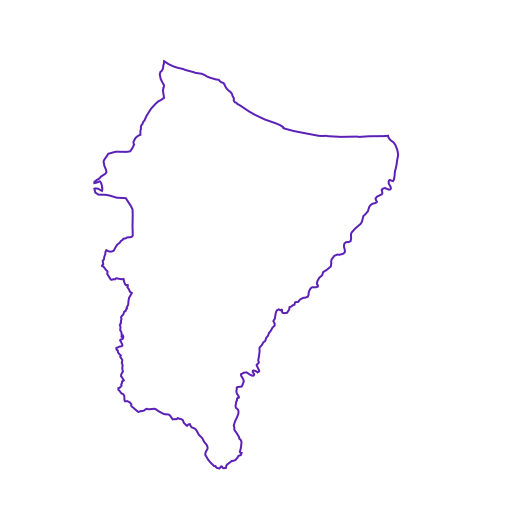 outline of Beloha, Androy, Madagascar, rotated 172°
{"feature_id": "10022922B63714971659336", "entity_name": "Beloha", "entity_type": "district", "adm_level": 2, "iso_a3": "MDG", "parent_name": "Madagascar", "parent_adm1": "Androy", "projection": "natural_earth1", "projection_center": [45.029, -25.05], "detail": "fine", "context": "isolated", "style": "outline", "palette": "violet", "viewbox_px": 512, "rotation_deg": 172, "n_neighbors": 0, "source": "geoboundaries", "source_scale": "gbopen_adm2", "svg_char_len": 6111}
<svg xmlns="http://www.w3.org/2000/svg" viewBox="0 0 512 512"><g transform="rotate(172 256 256)"><path d="M108.5,356.7L112.5,356.9L127.1,358.8L137.4,359.6L139.5,360.2L155.7,362.2L168.3,364.7L169.4,365.2L173.6,365.6L177.2,366.3L194.6,372.2L201.5,374.6L209.3,377.9L210.9,378.7L211.3,379.2L211.0,379.6L211.5,380.2L214.2,382.4L218.2,384.8L228.2,389.9L237.9,396.3L242.4,399.8L252.1,408.4L253.1,408.9L254.1,410.4L255.6,411.3L256.3,412.7L256.4,413.6L256.0,414.5L256.0,415.2L257.0,418.0L257.2,419.7L258.6,422.3L259.4,422.8L261.7,425.7L263.1,428.9L263.4,430.6L264.0,431.2L264.1,431.8L266.2,432.9L267.6,434.3L268.4,435.7L271.1,436.4L276.8,439.0L279.3,440.4L281.2,442.0L284.3,444.0L290.7,445.8L291.6,446.5L300.2,450.1L302.1,451.3L306.7,453.0L311.0,455.0L315.8,458.1L319.9,461.7L320.3,460.4L320.4,459.2L321.2,457.8L322.0,454.6L323.8,452.2L325.0,451.6L326.0,449.4L325.8,444.9L325.1,442.5L323.3,437.8L323.9,435.8L324.4,435.4L324.5,434.3L325.1,433.2L325.1,425.3L328.9,423.5L331.0,422.9L334.3,420.7L339.5,416.4L345.0,409.9L347.6,405.7L349.2,404.3L350.0,402.6L351.5,401.2L352.2,399.2L352.2,398.0L353.1,395.9L353.6,392.1L355.6,391.6L358.2,390.2L359.3,389.1L361.5,386.0L361.5,383.9L361.2,383.3L363.6,379.8L366.0,377.2L369.5,377.1L380.4,378.8L388.0,377.8L393.1,372.1L393.8,370.8L393.6,366.2L392.5,362.2L392.5,359.6L393.9,358.3L398.1,356.4L401.2,354.1L402.7,353.7L405.7,351.9L405.9,350.7L403.8,350.8L400.3,351.7L399.9,351.3L399.2,349.7L398.8,346.9L399.0,345.5L398.7,344.8L398.9,343.3L399.5,341.9L403.2,344.7L405.7,345.3L406.7,345.1L406.3,341.2L403.5,338.7L396.2,337.5L392.5,336.2L385.7,333.1L376.9,331.4L372.9,322.8L371.8,319.4L372.3,314.3L374.1,302.8L375.2,293.5L375.9,292.6L377.0,292.1L381.0,292.3L382.7,291.6L385.1,291.5L385.7,290.6L387.8,289.6L389.1,288.1L391.5,286.8L393.4,284.8L396.2,281.0L398.6,280.5L400.2,280.7L401.8,281.4L403.4,282.6L404.5,281.1L404.9,279.0L406.3,276.4L407.1,273.8L408.5,272.5L408.4,269.1L409.8,268.0L409.8,267.4L408.5,266.7L406.6,263.2L405.3,261.6L405.2,260.9L405.8,258.9L403.1,252.9L402.1,252.5L400.3,252.9L399.1,252.5L397.6,253.4L392.0,251.6L390.8,251.8L390.3,251.6L390.1,248.3L389.4,245.9L389.0,245.3L387.1,245.1L387.0,244.4L387.7,242.9L386.6,241.0L385.8,238.2L384.1,236.6L387.5,232.3L388.5,229.3L389.4,225.5L391.3,222.8L391.4,222.3L391.1,222.0L392.5,220.5L392.9,219.5L393.6,219.6L394.2,219.2L395.7,216.4L397.4,215.2L398.2,214.0L398.0,212.2L398.7,210.8L398.8,209.5L399.3,208.8L399.2,208.0L400.4,206.8L400.1,204.2L400.8,201.5L399.9,199.3L400.0,196.1L400.4,194.8L399.6,194.0L398.8,195.2L398.6,194.4L399.3,192.8L400.4,192.2L401.5,192.1L402.3,191.5L400.8,187.3L400.7,186.3L401.1,185.6L401.8,185.3L403.7,185.3L407.2,184.2L407.1,182.6L406.0,181.6L406.2,180.6L405.9,179.5L405.2,178.1L403.7,176.4L404.5,175.1L402.9,171.8L403.1,170.6L403.8,168.8L403.4,167.4L403.3,166.1L404.1,163.6L403.9,160.0L404.8,159.1L406.0,157.3L406.4,155.7L405.6,154.5L404.2,151.2L406.1,150.4L406.4,148.8L407.3,147.7L407.1,146.8L407.3,146.2L409.3,144.5L410.7,144.3L410.9,142.7L410.1,141.7L408.4,138.7L406.8,137.7L405.9,136.0L406.3,131.6L405.9,130.3L403.7,130.2L401.3,128.6L400.2,126.9L400.1,126.2L400.4,125.2L400.0,124.2L398.3,122.6L397.7,121.7L394.2,117.9L391.2,118.5L390.2,118.2L388.2,118.6L387.0,119.4L385.5,119.9L383.7,119.1L378.0,118.9L376.8,118.4L373.9,115.7L369.8,112.7L368.0,111.9L364.8,111.3L364.0,110.7L363.1,109.6L361.3,105.9L357.2,105.5L356.1,106.4L354.6,105.5L352.9,105.0L351.2,103.5L350.7,100.8L348.0,97.4L346.2,98.7L344.9,98.7L344.7,97.6L343.6,95.3L341.2,94.0L339.9,92.8L338.9,90.9L337.7,87.3L334.6,83.1L333.2,79.2L331.0,75.5L330.6,73.6L330.7,72.4L331.2,71.3L332.7,69.5L333.6,67.7L333.9,66.1L331.5,60.5L329.5,57.4L326.6,53.7L325.3,53.6L325.0,52.5L324.2,51.6L321.7,50.7L319.8,52.5L319.1,52.3L318.2,50.7L317.6,50.3L315.2,50.4L314.7,52.3L313.7,53.5L308.5,56.4L306.2,56.4L304.7,56.9L302.2,59.1L301.2,60.5L298.7,61.0L297.7,63.0L298.7,63.2L299.3,64.3L298.1,66.9L297.0,70.5L296.3,73.5L296.4,75.0L297.0,76.5L297.9,77.3L298.1,79.3L299.7,83.2L301.3,86.1L301.6,87.3L301.3,88.7L301.6,91.2L300.0,94.8L296.9,99.5L295.4,102.3L295.0,104.2L295.1,106.0L295.7,107.0L297.0,108.5L297.2,110.1L295.8,114.7L295.0,115.4L294.6,117.5L293.7,118.2L292.9,118.0L292.5,118.4L292.8,119.8L294.1,122.5L294.2,123.6L294.2,125.4L293.6,126.6L293.4,128.4L292.5,128.8L288.4,128.7L287.3,130.2L285.7,133.2L285.6,134.1L285.8,135.8L287.4,139.6L287.3,141.0L284.3,142.1L281.6,142.1L278.3,139.2L276.9,138.3L275.5,137.8L274.6,138.3L274.3,139.1L275.3,141.6L275.3,142.5L275.0,142.9L274.2,143.0L272.0,141.9L270.6,140.5L269.0,141.3L268.8,142.1L270.6,147.7L270.4,148.2L268.8,149.3L268.0,150.3L268.3,152.6L267.4,155.0L265.8,160.7L265.4,164.2L265.0,165.0L262.4,167.2L260.8,169.4L258.7,170.6L257.2,173.6L255.3,175.3L253.7,178.1L252.2,179.4L249.5,182.9L247.3,184.4L246.9,186.5L247.6,188.1L247.8,189.3L246.1,191.3L244.3,197.0L243.0,199.2L240.9,200.0L239.4,198.8L238.0,199.3L237.8,199.1L238.0,197.2L237.5,196.0L236.3,195.5L233.2,195.4L230.5,198.5L230.0,200.6L229.4,200.9L228.1,201.0L226.2,202.2L224.7,202.4L223.8,204.6L223.3,204.8L220.8,204.6L218.5,206.7L215.2,208.0L212.8,207.9L210.4,208.5L209.4,210.2L208.9,212.3L208.2,214.0L206.9,215.8L205.7,216.8L204.7,217.2L201.3,216.7L199.0,217.1L198.8,218.3L199.5,219.4L199.5,220.4L198.5,222.9L196.3,225.7L193.5,227.5L192.9,228.2L192.0,230.3L191.4,230.9L187.9,232.4L183.4,235.2L182.5,238.1L182.4,240.0L181.5,242.2L178.4,245.3L175.1,246.1L173.3,245.6L169.7,246.0L168.8,246.4L167.7,247.3L167.4,247.7L167.2,249.1L167.6,253.3L167.0,255.5L166.7,256.0L164.9,257.2L162.3,256.9L160.3,257.5L159.4,260.0L158.9,264.3L158.1,265.9L154.1,269.3L147.7,273.4L146.3,275.3L144.1,280.6L141.9,282.1L139.0,284.7L137.1,288.7L135.7,290.3L133.6,291.5L130.7,291.8L129.0,292.4L128.8,292.8L129.6,295.5L129.6,296.4L127.8,298.0L123.3,299.4L122.3,300.1L122.1,301.3L122.3,303.7L122.1,304.4L121.1,304.9L118.8,305.4L115.4,303.3L114.2,303.1L113.4,303.6L113.0,304.2L113.0,305.5L114.5,309.4L114.3,311.0L113.8,312.2L113.0,312.7L110.0,311.1L108.8,312.4L107.7,315.8L106.6,320.7L105.7,322.5L104.1,326.9L102.4,332.8L101.6,334.8L101.1,337.1L101.3,341.3L102.5,346.5L104.1,349.5L106.6,351.9L107.8,353.7L108.4,355.1L108.5,356.7Z" fill="none" stroke="#5b21b6" stroke-width="2"/></g></svg>